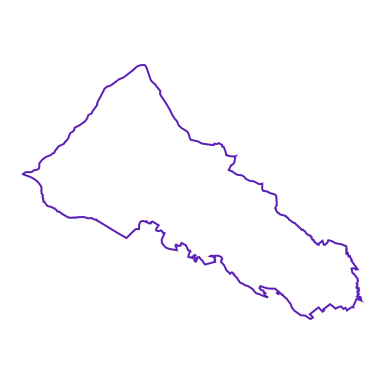 outline of Asuaju De Sus, Maramures, Romania
{"feature_id": "2599482B13284448425950", "entity_name": "Asuaju De Sus", "entity_type": "district", "adm_level": 2, "iso_a3": "ROU", "parent_name": "Romania", "parent_adm1": "Maramures", "projection": "natural_earth1", "projection_center": [23.177, 47.572], "detail": "fine", "context": "isolated", "style": "outline", "palette": "violet", "viewbox_px": 384, "rotation_deg": 0, "n_neighbors": 0, "source": "geoboundaries", "source_scale": "gbopen_adm2", "svg_char_len": 6010}
<svg xmlns="http://www.w3.org/2000/svg" viewBox="0 0 384 384"><path d="M346.3,246.2L340.5,244.0L335.6,243.3L332.5,241.4L329.1,240.3L328.1,240.3L327.5,242.5L324.9,244.9L324.1,244.9L323.4,243.8L322.5,240.8L319.2,243.4L318.7,244.8L317.4,244.4L317.5,243.9L317.0,243.4L316.2,243.4L314.3,241.6L314.0,240.5L313.6,240.6L313.3,240.0L312.3,239.6L312.2,238.8L311.6,238.3L311.7,237.3L311.3,236.6L310.7,236.5L310.7,236.0L310.2,235.5L308.3,235.2L307.5,234.3L306.6,233.9L304.8,231.2L303.5,230.4L303.1,229.7L301.4,229.8L300.4,228.2L299.4,227.6L297.8,225.8L296.1,224.6L295.2,223.3L293.3,222.6L289.4,219.9L287.4,217.4L286.2,216.9L286.1,216.3L285.4,216.1L285.1,215.7L280.5,214.6L279.5,214.0L279.1,213.3L277.7,212.8L276.9,211.4L275.9,210.3L276.0,209.4L275.7,208.5L275.2,208.1L276.2,206.0L276.8,205.3L276.6,204.8L276.8,202.2L276.5,200.4L276.6,199.1L276.3,198.1L276.3,196.1L275.7,195.2L274.5,194.3L269.9,193.1L267.5,191.6L262.9,190.7L262.2,188.7L262.3,183.7L260.2,184.1L258.7,184.0L254.1,181.4L250.8,181.0L248.7,180.4L245.5,178.6L244.5,177.1L242.3,175.4L237.4,174.8L234.8,173.4L232.3,171.5L228.7,170.0L231.1,165.3L232.9,164.3L234.4,162.4L235.0,158.4L234.8,157.3L235.6,156.2L234.6,156.5L231.1,156.3L228.3,155.9L227.8,155.3L226.2,155.1L225.6,151.8L224.5,148.9L223.6,146.8L222.2,146.6L222.0,144.8L220.8,144.4L219.1,143.1L216.9,144.1L214.4,143.7L214.0,144.9L213.4,145.1L203.2,143.8L201.2,143.2L198.2,141.5L190.6,139.7L189.8,138.0L188.6,133.8L187.0,131.4L181.6,128.1L178.7,125.4L176.8,120.9L174.9,119.0L172.5,115.3L170.1,110.3L166.3,103.7L162.3,97.6L160.7,95.5L160.0,93.4L160.4,91.4L160.2,90.8L156.6,86.6L155.3,84.5L151.9,81.6L150.6,79.6L146.7,68.0L145.4,65.6L144.2,64.9L140.6,65.2L137.3,66.3L132.6,70.5L123.4,77.6L119.1,79.2L111.6,84.9L109.4,86.0L107.3,86.5L106.1,87.3L104.0,89.4L103.6,91.0L102.0,93.5L101.3,95.2L98.1,101.1L97.2,103.2L97.0,105.2L93.0,110.6L92.2,112.0L91.8,113.3L88.2,115.2L87.4,118.0L85.1,121.3L79.4,125.3L74.8,127.7L73.8,130.5L72.6,131.7L70.4,133.0L69.1,135.7L68.2,138.4L66.9,140.3L65.0,141.9L63.9,143.8L59.6,145.8L58.2,146.8L57.2,147.8L57.1,148.6L55.6,150.1L54.9,151.1L54.7,152.1L53.8,153.1L52.5,153.5L50.8,155.1L46.5,156.6L42.2,159.7L39.2,163.6L39.4,165.4L39.1,168.0L38.6,169.0L37.1,169.7L33.9,170.2L32.3,171.6L30.5,172.3L27.6,172.0L24.6,172.6L23.0,174.1L24.4,174.9L29.3,176.5L33.6,178.6L36.7,180.8L39.4,183.8L41.3,186.9L41.6,189.2L41.2,190.5L41.6,191.8L41.5,193.1L41.8,193.9L42.7,194.7L42.9,195.7L42.4,197.0L43.4,198.5L43.0,199.3L43.3,200.1L43.4,201.6L44.3,201.6L46.1,204.4L47.5,206.0L51.6,207.0L52.3,207.6L54.3,208.2L54.9,209.1L55.9,209.5L56.4,210.0L57.5,211.6L59.3,211.7L62.1,213.9L66.7,216.6L69.3,217.7L71.2,217.8L73.1,217.6L73.9,217.8L74.6,217.4L76.1,217.7L77.5,217.2L81.8,217.1L82.7,216.8L84.0,217.3L85.9,217.4L87.1,218.1L89.6,218.3L91.5,217.9L93.2,219.0L94.5,219.5L96.4,219.5L96.5,220.4L97.5,220.7L118.2,233.3L126.5,238.0L134.9,229.7L136.4,229.0L139.0,229.1L139.2,227.7L139.0,225.3L140.0,222.5L141.2,221.3L143.3,221.0L145.2,221.6L146.3,221.2L146.4,222.2L148.3,222.6L148.6,223.3L149.0,223.4L150.9,223.3L151.0,222.2L152.6,221.6L158.7,225.3L156.7,228.0L156.0,229.8L156.1,230.2L156.7,230.7L159.2,231.2L160.9,230.3L162.6,231.8L162.7,232.7L164.6,233.2L161.7,239.4L161.8,242.4L162.8,244.3L165.8,247.6L169.3,248.9L176.8,250.2L176.4,249.1L176.6,248.5L176.5,247.2L175.9,246.8L175.4,246.1L175.7,244.8L176.7,244.8L178.1,245.8L179.7,245.9L180.7,245.5L180.5,244.9L180.7,244.3L181.7,242.9L182.3,243.5L183.6,243.9L184.2,244.7L185.4,244.9L186.3,245.9L188.1,250.4L190.0,250.7L190.5,251.5L189.1,253.3L188.3,256.9L191.9,257.9L192.3,256.6L193.6,256.0L194.9,254.9L195.4,255.4L194.2,256.4L193.8,258.2L194.8,258.7L194.3,259.9L194.5,260.7L195.5,260.8L195.4,261.5L195.9,261.6L196.7,259.9L196.3,259.4L196.5,258.8L197.1,258.9L197.3,258.4L196.8,257.5L197.6,257.3L198.8,257.4L199.3,257.1L200.1,258.4L202.5,260.9L204.3,263.7L205.1,264.5L215.2,261.8L215.2,261.0L214.7,260.5L215.1,259.7L214.4,258.8L215.0,257.7L213.8,256.8L210.2,256.2L211.0,255.7L213.8,255.9L218.1,255.6L220.9,256.8L221.7,257.5L222.3,259.0L221.1,260.2L221.4,260.9L221.0,262.0L223.9,264.9L226.6,270.5L228.8,272.4L230.1,273.9L231.5,272.4L232.2,272.5L233.3,273.3L233.8,274.1L233.6,274.5L234.3,274.8L234.5,275.5L237.3,278.2L237.8,279.5L239.1,281.0L239.6,282.2L243.9,284.4L244.9,285.3L248.0,286.0L251.3,288.2L252.9,289.4L254.3,291.3L256.4,293.4L258.7,293.9L261.7,295.3L266.9,297.2L268.1,297.3L264.4,295.5L264.3,293.6L265.1,293.8L265.5,293.2L263.6,292.0L263.7,291.0L263.3,290.6L262.4,290.5L261.8,290.0L260.8,289.7L260.1,289.0L260.0,288.3L259.5,288.0L260.4,286.1L266.2,288.1L270.3,288.7L275.0,288.7L278.8,291.7L278.5,291.9L278.0,291.6L277.9,292.0L276.9,293.0L278.3,294.1L279.6,293.2L280.5,293.2L282.0,294.9L282.6,295.1L282.8,294.9L283.9,296.5L286.8,298.9L290.7,304.1L291.8,307.4L294.5,310.8L300.9,315.3L305.1,315.5L310.5,319.1L312.9,317.5L311.8,316.0L309.8,314.3L318.5,307.4L322.6,311.7L324.2,310.4L323.4,309.3L330.1,304.2L333.8,307.0L335.5,308.7L338.1,307.3L340.9,306.4L343.3,308.9L345.4,307.8L346.4,309.2L346.9,310.4L351.2,307.4L351.8,307.1L353.4,307.4L353.3,307.0L352.5,306.8L353.3,306.2L356.6,298.8L361.0,300.4L360.5,299.8L361.0,299.4L360.9,298.9L360.2,298.8L360.0,298.2L360.3,297.8L358.8,297.6L357.5,296.6L358.5,296.4L357.5,296.0L358.0,295.4L357.9,294.7L358.8,294.1L358.6,293.9L358.2,294.2L357.6,293.6L357.7,292.8L357.4,291.7L358.4,291.5L358.0,291.1L358.5,290.6L358.4,290.1L359.0,289.8L358.4,289.2L358.6,288.7L358.1,288.8L358.3,288.4L357.3,288.4L356.7,287.9L357.4,287.5L357.0,287.0L357.4,286.8L357.4,286.5L357.1,286.3L357.5,286.0L357.4,284.9L356.7,283.6L357.2,283.3L357.6,282.6L357.5,281.3L357.9,280.7L357.4,278.3L356.0,276.8L355.6,275.8L354.0,274.3L353.8,273.6L353.0,273.4L352.4,272.7L351.5,268.6L352.6,268.3L354.3,268.4L356.2,269.6L357.6,269.3L352.2,261.8L351.3,260.4L351.8,260.1L351.7,259.4L350.7,258.3L349.9,256.1L347.9,256.7L348.6,256.0L348.1,253.8L347.3,254.3L346.8,253.6L346.2,253.5L346.2,252.4L346.8,252.4L347.1,252.0L346.3,251.0L346.6,249.6L346.3,249.3L346.6,249.0L346.3,248.8L346.3,247.5L346.5,246.6L346.3,246.2Z" fill="none" stroke="#5b21b6" stroke-width="2"/></svg>